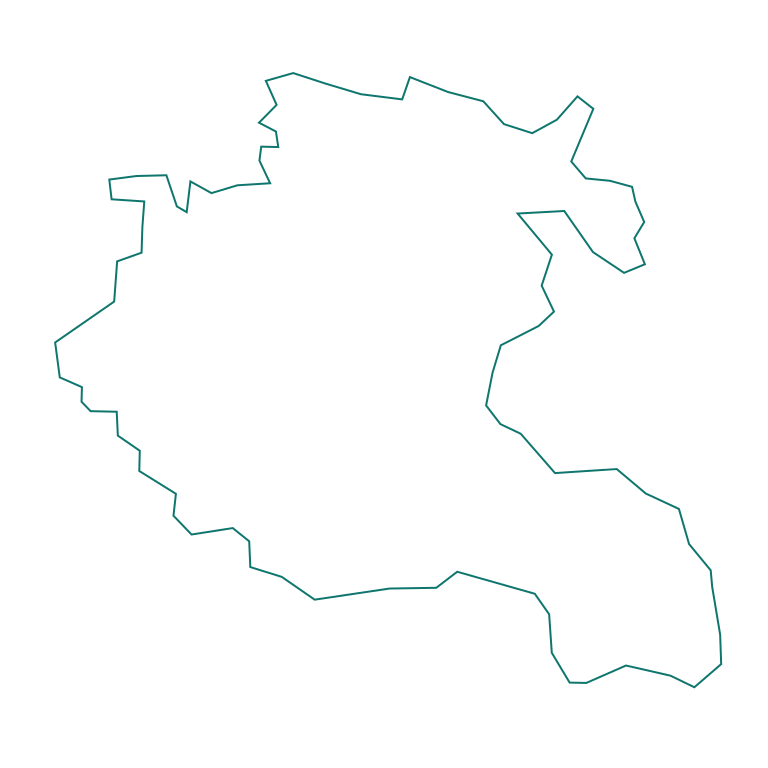 the district of Parkent, Tashkent, Uzbekistan, rotated 88°
{"feature_id": "79887680B47591797278473", "entity_name": "Parkent", "entity_type": "district", "adm_level": 2, "iso_a3": "UZB", "parent_name": "Uzbekistan", "parent_adm1": "Tashkent", "projection": "orthographic", "projection_center": [69.727, 41.255], "detail": "fine", "context": "isolated", "style": "outline", "palette": "teal", "viewbox_px": 768, "rotation_deg": 88, "n_neighbors": 0, "source": "geoboundaries", "source_scale": "gbopen_adm2", "svg_char_len": 1268}
<svg xmlns="http://www.w3.org/2000/svg" viewBox="0 0 768 768"><g transform="rotate(88 384 384)"><path d="M588.6,385.6L589.5,338.9L574.2,317.4L598.9,240.6L619.9,227.0L658.5,225.7L688.9,208.9L689.8,192.2L673.8,152.0L685.5,107.9L697.9,84.4L675.7,56.8L646.3,56.8L598.1,63.1L581.6,64.0L554.6,84.7L519.2,93.6L502.6,126.2L477.1,154.4L479.0,216.2L438.5,249.1L428.2,269.0L409.0,282.7L376.4,275.1L349.4,265.9L331.4,227.4L317.6,211.6L291.2,223.0L260.6,211.7L218.3,244.5L217.4,197.8L259.4,170.6L281.3,140.2L273.4,119.1L247.1,128.7L231.2,118.3L210.5,126.4L195.6,129.2L188.8,151.1L185.6,175.2L168.2,189.1L116.3,165.2L103.3,180.6L125.9,202.0L138.5,227.1L128.5,255.0L104.9,274.9L94.4,309.9L78.2,347.4L100.2,355.9L93.6,396.9L81.8,431.8L70.1,463.9L76.9,491.5L101.3,481.6L118.5,499.8L127.9,483.2L143.5,481.4L142.5,498.4L156.4,500.7L179.4,490.8L180.3,523.6L187.2,549.8L174.8,570.4L205.4,575.2L199.3,584.8L167.8,594.2L167.5,624.1L170.1,651.4L189.9,649.8L193.2,617.2L218.7,620.0L244.3,621.7L252.1,646.4L292.2,650.8L331.0,711.2L366.1,707.8L376.6,686.0L391.2,686.9L400.9,678.2L402.4,652.1L426.3,651.8L442.2,630.4L462.4,631.6L486.5,595.8L508.3,599.0L527.7,581.6L522.7,540.2L536.5,524.2L562.3,524.0L573.2,492.9L597.1,460.8L588.6,385.6Z" fill="none" stroke="#0f766e" stroke-width="2"/></g></svg>